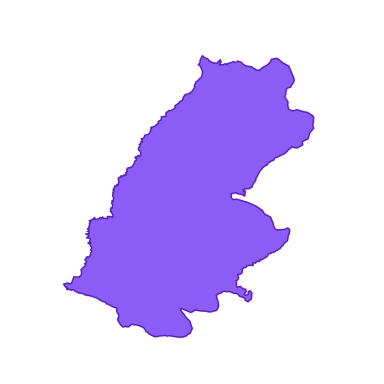 Tebe-Tebe, Berea, Lesotho, rotated 283°
{"feature_id": "5366337B30705161784886", "entity_name": "Tebe-Tebe", "entity_type": "district", "adm_level": 2, "iso_a3": "LSO", "parent_name": "Lesotho", "parent_adm1": "Berea", "projection": "albers", "projection_center": [27.887, -29.222], "detail": "fine", "context": "isolated", "style": "filled", "palette": "violet", "viewbox_px": 384, "rotation_deg": 283, "n_neighbors": 0, "source": "geoboundaries", "source_scale": "gbopen_adm2", "svg_char_len": 6011}
<svg xmlns="http://www.w3.org/2000/svg" viewBox="0 0 384 384"><g transform="rotate(283 192 192)"><path d="M295.6,286.1L295.3,283.3L295.8,275.8L293.7,272.1L293.8,269.9L294.6,267.5L298.1,265.7L301.4,265.3L304.8,261.7L306.2,260.9L308.2,261.3L313.4,260.8L315.1,262.3L316.4,264.6L318.3,264.7L320.7,266.0L323.7,266.5L325.9,265.6L336.4,258.1L338.0,252.1L341.0,245.9L341.3,244.2L339.0,239.4L336.0,239.1L332.5,236.6L329.7,233.3L325.6,230.1L325.5,227.0L327.4,221.7L327.0,216.5L327.4,215.6L327.5,213.8L329.5,210.9L329.9,207.1L328.8,206.7L328.2,205.7L328.2,202.8L327.1,201.5L325.3,198.0L323.9,197.3L324.5,196.6L324.4,195.7L322.7,192.6L322.1,190.2L325.4,191.1L326.0,190.4L327.1,190.0L326.4,189.0L325.0,188.9L324.6,187.9L323.8,187.9L322.8,187.0L322.9,185.2L322.4,183.9L323.8,179.1L325.2,177.6L325.8,173.6L326.8,172.4L327.0,171.4L322.5,170.3L320.2,170.7L317.4,169.6L316.9,171.4L312.8,174.6L311.2,175.3L308.0,175.5L305.5,175.2L304.0,173.8L301.4,172.6L300.7,171.2L296.4,170.4L294.1,171.0L289.2,169.0L288.6,167.7L287.4,167.7L285.7,163.8L284.5,163.0L282.6,162.3L279.1,162.0L277.1,159.5L275.8,159.4L272.3,156.0L270.6,156.7L267.8,154.7L266.3,152.6L266.2,151.2L264.9,150.4L263.8,149.0L262.9,148.9L260.0,149.6L258.4,145.3L255.3,145.7L253.8,143.9L252.6,143.3L251.5,143.8L249.2,141.9L247.8,141.3L247.3,140.0L246.1,138.8L245.9,137.6L245.1,137.6L244.4,138.3L243.4,137.6L242.2,138.1L238.6,136.8L236.5,133.1L234.4,133.1L232.8,132.0L232.4,130.7L229.8,132.4L229.7,131.2L227.8,131.0L226.3,130.0L225.5,131.0L224.5,131.3L223.3,129.9L221.2,130.3L219.3,133.2L217.9,133.1L216.4,133.7L215.4,133.5L215.3,131.1L214.2,130.9L213.2,128.7L212.1,129.4L212.1,130.4L210.8,130.6L208.9,129.3L206.1,129.0L203.8,128.2L202.3,126.9L200.7,123.8L199.0,123.4L197.5,124.2L195.7,123.0L194.2,124.2L193.9,123.4L192.8,122.7L193.3,121.8L192.0,121.4L192.0,119.9L191.4,119.1L190.5,119.7L190.3,118.4L189.0,117.1L187.4,117.4L186.9,118.2L183.3,118.5L182.3,117.2L181.5,118.1L180.6,116.5L180.6,115.4L179.5,115.5L176.3,114.7L175.6,115.7L173.8,115.0L173.2,115.8L171.9,115.3L169.8,115.9L168.7,116.8L166.4,117.2L165.4,116.2L165.1,117.2L163.8,116.2L162.7,116.4L162.0,117.6L158.5,117.8L158.2,116.5L157.4,116.4L155.8,116.9L154.7,116.9L154.7,117.9L153.3,118.5L152.3,120.2L149.6,120.3L150.1,119.5L149.0,115.1L147.1,115.7L146.6,111.5L147.4,110.7L146.0,109.7L146.5,109.2L146.1,107.9L145.4,107.7L143.4,104.3L143.5,102.7L144.0,102.7L144.7,103.3L145.1,102.9L142.4,100.7L140.9,98.6L140.3,99.9L139.5,99.9L138.6,99.0L137.9,99.5L136.4,99.4L135.8,99.9L135.1,99.8L134.6,99.2L133.5,99.4L132.6,98.6L132.3,98.8L132.7,99.9L131.8,100.3L131.0,100.2L130.1,99.2L129.6,100.8L129.0,101.0L128.4,100.9L127.7,99.7L127.4,98.2L127.0,98.3L126.8,99.2L127.2,100.3L126.5,101.2L126.0,101.3L123.9,99.8L123.6,99.9L123.8,102.7L123.1,103.8L120.5,103.2L120.3,104.3L119.4,104.8L118.9,103.9L119.1,102.3L118.7,102.4L118.4,103.8L117.5,105.0L116.6,105.2L115.6,106.8L112.6,106.4L112.3,107.2L111.2,107.8L110.0,107.0L106.8,107.0L105.9,106.6L104.4,105.2L104.5,104.7L105.3,104.7L104.9,104.1L102.0,103.0L101.4,103.4L101.1,104.4L99.8,105.2L97.9,103.5L97.2,104.5L96.3,104.7L91.5,101.4L87.6,102.9L86.7,102.5L85.9,102.8L85.2,102.6L84.6,101.5L83.6,100.9L83.8,100.5L83.2,99.1L82.8,96.0L77.1,95.3L75.2,94.5L75.4,91.2L73.3,87.7L71.1,90.0L70.6,91.9L69.8,92.3L69.8,91.6L69.1,91.8L68.8,92.8L69.5,93.4L69.6,94.3L69.3,94.7L69.5,95.8L69.1,96.4L69.9,97.8L70.0,99.2L68.8,100.5L68.7,102.5L68.1,104.1L68.5,106.5L68.2,109.7L67.7,110.4L68.2,111.2L67.5,112.7L68.1,115.0L67.7,116.4L68.1,117.0L67.5,119.9L67.5,122.8L66.1,125.9L66.0,127.4L65.3,128.8L65.1,132.5L63.7,134.3L63.9,135.4L62.7,139.5L62.3,140.1L62.7,141.2L62.2,141.8L62.1,144.7L58.6,145.5L55.8,148.1L54.4,148.8L53.9,148.9L52.5,148.2L52.1,148.5L50.6,148.4L47.0,151.8L45.0,154.8L45.4,156.3L46.2,157.0L46.0,159.2L46.5,160.9L49.2,162.4L49.7,164.1L49.4,165.7L50.0,166.8L50.0,168.4L49.8,171.2L49.0,175.0L47.9,176.8L45.5,178.7L45.4,180.3L44.2,181.6L42.7,187.4L43.0,190.1L44.1,191.9L45.2,194.9L45.2,195.8L46.3,197.9L45.9,199.8L46.7,201.6L47.0,203.2L47.3,209.2L48.2,214.8L50.5,218.9L52.6,220.1L53.6,221.9L59.3,223.0L61.3,221.4L64.9,219.6L66.6,217.5L68.6,214.1L71.5,211.1L73.4,208.4L75.5,207.1L75.9,209.4L74.4,217.6L75.6,219.8L76.7,220.6L77.5,220.6L78.2,227.9L79.0,232.1L78.9,234.5L79.7,238.4L80.7,239.2L81.7,241.9L82.8,242.8L86.6,243.7L90.9,242.1L95.0,239.7L96.7,239.0L99.3,241.4L100.5,243.6L101.9,244.3L102.4,245.4L102.8,248.9L103.6,251.7L102.8,254.8L103.2,258.1L103.0,259.4L101.2,261.8L100.5,266.7L99.9,267.7L98.6,268.1L97.6,271.2L101.2,273.9L107.0,273.1L108.5,271.5L108.7,270.4L107.4,269.4L106.5,269.4L105.9,270.0L105.1,269.8L103.9,268.6L103.6,266.4L104.1,265.8L107.3,267.2L109.2,266.3L109.2,263.6L110.8,260.5L110.5,259.4L109.5,257.9L109.7,257.2L110.8,256.4L115.6,255.3L117.0,256.5L118.7,256.8L121.7,255.1L122.3,255.5L122.0,256.0L122.2,256.9L123.9,258.7L125.7,259.0L127.7,258.3L130.0,259.6L130.5,261.3L132.6,262.5L133.8,265.7L133.9,267.4L134.6,268.1L136.6,267.3L137.1,268.6L136.9,269.8L139.1,271.0L139.6,272.1L139.3,273.0L140.0,273.6L141.4,273.7L141.4,274.8L146.0,279.6L146.8,280.1L148.2,280.2L149.6,281.6L149.9,282.6L150.7,283.1L152.5,286.3L153.8,286.8L154.0,288.0L155.6,288.9L156.6,290.6L159.6,291.7L160.2,292.8L161.6,292.7L166.1,296.0L171.3,295.6L172.9,296.2L177.3,295.7L178.5,293.4L176.3,290.5L174.1,283.0L174.9,281.4L176.5,279.7L180.1,277.8L185.2,274.2L186.9,267.7L190.0,264.5L192.7,257.2L194.4,248.6L195.0,237.3L193.9,233.4L195.6,231.3L198.1,231.2L198.9,230.5L199.4,230.8L201.2,235.1L200.5,236.9L200.8,239.7L200.6,242.4L199.8,243.5L200.1,244.2L200.9,244.3L201.9,243.5L202.9,244.2L203.6,244.1L205.0,243.3L204.0,241.9L205.8,241.4L207.3,243.8L208.2,247.3L208.8,247.3L210.1,249.4L212.3,249.3L214.1,250.2L215.3,250.2L217.2,251.5L219.1,251.2L227.4,253.4L232.5,256.0L235.8,259.5L237.4,259.8L240.4,262.7L241.3,264.4L244.1,265.3L245.1,267.1L249.6,272.9L252.0,274.9L255.2,276.7L257.8,279.0L258.8,279.1L258.2,281.6L258.6,284.5L262.7,289.3L265.9,288.1L270.0,293.2L275.7,293.3L281.7,296.3L284.3,294.6L287.2,294.6L292.1,293.8L293.6,292.3L295.6,286.1Z" fill="#8b5cf6" stroke="#5b21b6" stroke-width="1.5"/></g></svg>